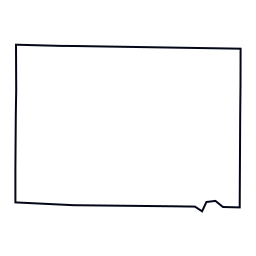 outline of Winston, Alabama, United States of America
{"feature_id": "52423323B52352722786061", "entity_name": "Winston", "entity_type": "district", "adm_level": 2, "iso_a3": "USA", "parent_name": "United States of America", "parent_adm1": "Alabama", "projection": "mercator", "projection_center": [-87.367, 34.146], "detail": "fine", "context": "isolated", "style": "outline", "palette": "ink", "viewbox_px": 256, "rotation_deg": 0, "n_neighbors": 0, "source": "geoboundaries", "source_scale": "gbopen_adm2", "svg_char_len": 339}
<svg xmlns="http://www.w3.org/2000/svg" viewBox="0 0 256 256"><path d="M16.0,44.7L16.2,89.7L15.8,115.2L15.4,167.3L15.4,202.4L73.7,205.2L173.7,206.3L194.9,206.6L202.1,211.3L206.4,202.0L215.4,200.9L223.0,207.0L239.7,207.4L240.2,114.3L240.5,85.4L240.6,48.7L74.5,46.0L61.0,45.9L16.0,44.7Z" fill="none" stroke="#020617" stroke-width="2"/></svg>